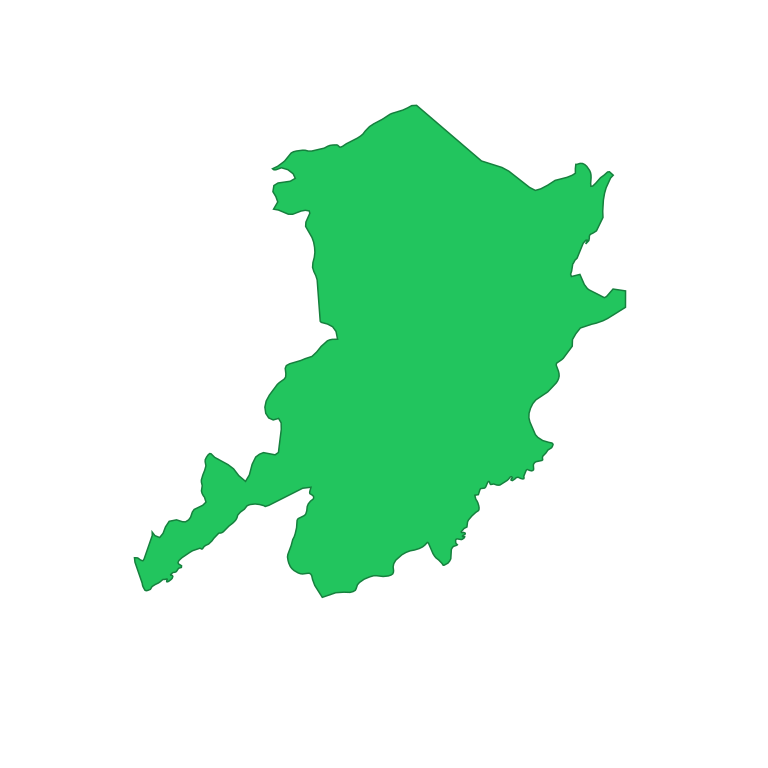 map outline of Diyala (Natural Earth projection), rotated 204°
{"feature_id": "IRQ-3243", "entity_name": "Diyala", "entity_type": "Province", "adm_level": 1, "iso_a3": "IRQ", "parent_name": "Iraq", "parent_adm1": "", "projection": "natural_earth1", "projection_center": [45.079, 34.055], "detail": "fine", "context": "isolated", "style": "filled", "palette": "green", "viewbox_px": 768, "rotation_deg": 204, "n_neighbors": 0, "source": "natural_earth", "source_scale": "10m", "svg_char_len": 6156}
<svg xmlns="http://www.w3.org/2000/svg" viewBox="0 0 768 768"><g transform="rotate(204 384 384)"><path d="M535.5,154.4L531.6,152.3L526.5,152.5L525.1,157.7L525.5,164.6L524.4,171.2L518.3,175.5L512.1,176.2L509.3,177.3L507.2,180.4L506.5,183.7L507.0,189.1L506.4,192.2L500.3,199.4L498.6,203.7L501.9,207.5L503.7,208.5L505.7,210.1L507.3,212.1L508.7,217.2L510.9,220.1L511.8,222.0L512.5,227.1L512.7,232.2L513.4,236.8L515.8,240.3L516.5,242.1L516.4,245.0L515.8,247.9L514.9,249.6L513.6,249.9L508.8,248.1L493.7,246.9L486.9,245.3L479.4,241.2L470.9,238.7L470.0,246.1L471.8,257.0L471.5,265.1L469.2,269.2L466.2,272.3L454.7,275.0L452.6,278.5L459.4,300.8L462.2,306.7L466.3,309.7L470.6,306.1L475.5,306.1L480.1,309.1L483.4,314.4L484.7,320.5L484.2,327.2L481.3,340.2L480.2,342.7L477.2,347.8L476.7,350.3L477.8,353.4L480.6,358.1L480.7,361.1L478.4,364.1L469.6,371.6L466.3,375.1L461.0,379.9L458.5,385.9L456.7,392.8L453.3,400.4L451.5,402.3L449.3,403.8L444.6,406.0L449.2,412.5L454.2,415.4L459.9,415.8L466.4,414.8L467.8,415.4L487.4,451.9L490.4,455.3L493.8,458.2L496.7,461.5L498.3,466.0L499.2,471.4L500.7,476.2L503.0,480.6L506.0,485.0L509.3,488.5L519.7,496.1L521.2,500.2L521.2,509.8L522.7,511.7L526.5,510.7L530.1,508.3L536.5,501.9L540.5,500.2L551.2,500.0L556.0,498.8L555.1,507.1L559.0,511.2L563.7,514.5L565.3,520.5L562.6,524.5L552.1,531.1L548.7,535.8L552.5,539.1L559.0,540.7L565.7,539.8L569.8,535.8L570.9,535.2L572.0,534.9L573.4,535.3L569.7,539.6L566.2,545.8L565.4,547.5L562.8,557.2L561.2,559.3L558.8,561.2L553.6,564.4L551.0,565.5L547.9,566.0L544.8,567.4L534.5,575.2L532.2,578.2L530.4,580.0L527.8,581.6L524.4,583.2L523.5,583.3L520.8,582.4L519.8,582.9L518.5,584.3L516.1,588.2L508.4,597.7L506.3,600.9L504.9,603.8L504.0,607.6L501.9,613.3L499.0,617.8L493.3,625.0L488.2,632.9L486.7,634.5L478.2,641.9L474.7,645.9L471.9,649.6L467.6,651.8L385.7,627.4L364.3,629.8L356.5,629.2L331.1,622.8L324.5,622.4L320.2,626.0L315.3,632.2L310.5,639.6L300.9,647.2L297.0,651.2L294.9,654.4L296.8,658.6L298.1,662.7L297.1,663.1L294.6,665.3L292.3,666.2L289.8,666.1L287.3,665.3L283.0,662.7L281.3,661.1L279.9,659.1L278.7,656.6L276.8,651.3L275.4,648.8L273.9,649.6L272.3,653.4L270.1,660.5L267.9,664.3L266.0,668.6L264.4,669.6L259.5,668.0L260.8,664.3L260.9,653.7L260.1,648.0L258.4,641.3L254.5,630.9L251.7,625.2L252.2,610.3L254.3,607.1L256.3,604.7L256.6,603.6L256.5,602.5L255.7,600.6L255.2,598.3L256.7,594.0L256.7,596.4L256.2,597.3L256.2,598.0L257.0,598.1L258.1,597.4L259.3,593.6L258.8,577.4L259.9,574.8L260.1,571.5L260.4,570.5L258.5,563.4L258.2,560.3L256.5,558.4L249.6,563.8L241.4,556.3L237.0,553.9L234.8,553.4L217.8,552.5L216.3,554.4L213.4,563.9L201.2,567.3L194.6,552.3L206.4,534.8L209.7,530.8L214.9,525.9L218.7,523.0L227.4,515.0L229.2,508.0L229.9,501.3L227.4,495.1L230.7,480.4L231.6,478.4L234.7,473.4L234.7,472.2L234.2,471.1L229.8,466.6L228.3,464.6L227.2,462.4L226.7,459.9L226.7,457.4L227.1,455.0L231.2,443.4L238.8,431.3L240.1,426.6L240.3,421.5L239.6,416.3L237.9,412.1L235.3,408.7L225.1,399.3L221.8,397.8L216.0,396.9L209.9,397.7L206.6,398.4L205.6,398.1L204.9,397.4L204.8,395.2L205.0,393.9L207.4,390.3L208.0,386.9L209.6,382.5L209.3,381.1L208.2,379.3L208.6,378.4L213.3,375.0L214.1,374.1L214.7,372.4L214.7,371.3L214.4,370.3L212.8,367.4L212.5,366.4L212.9,365.5L213.8,364.7L215.6,364.3L218.2,364.2L218.7,363.8L219.0,363.1L218.8,356.7L217.8,355.0L217.8,354.3L218.6,353.7L220.6,353.3L223.3,353.4L224.2,353.0L225.1,352.2L225.8,350.5L227.4,348.0L228.7,347.8L229.1,348.4L229.2,349.1L228.6,350.4L228.7,350.8L229.8,351.2L230.5,350.8L231.0,350.0L231.5,347.8L232.4,345.8L237.0,338.9L237.9,338.3L239.8,337.6L243.1,337.3L245.6,335.6L246.3,335.8L248.2,337.7L248.8,337.5L249.3,336.4L249.2,331.4L249.7,329.9L253.2,327.7L253.4,326.7L252.8,321.3L255.8,319.3L253.2,316.0L251.7,315.1L250.0,313.7L248.0,311.4L246.8,309.6L246.2,308.0L246.2,306.8L247.9,304.1L250.0,299.3L251.5,294.2L251.6,292.1L250.1,287.1L252.1,284.6L253.4,280.4L252.8,279.9L252.1,280.0L250.9,280.8L249.3,280.8L248.9,280.3L248.9,279.5L250.4,277.5L250.5,276.9L249.7,276.5L248.2,277.3L248.1,276.9L248.2,275.9L249.3,274.0L250.1,273.3L254.1,272.3L254.9,271.6L255.1,270.6L254.1,268.5L253.3,267.6L251.6,267.0L251.9,266.3L254.6,263.8L255.1,261.8L255.2,260.3L251.9,251.5L252.0,249.0L252.7,246.4L255.3,243.0L256.2,242.5L258.1,243.7L262.5,245.5L265.8,246.3L267.8,247.3L270.2,248.9L278.1,256.2L279.3,257.0L280.0,256.9L281.1,253.6L282.5,250.9L284.9,248.0L288.7,244.7L292.3,242.2L295.4,239.1L298.2,235.3L301.6,227.8L302.0,223.8L301.3,220.7L299.3,217.3L298.8,215.7L298.8,214.1L299.9,212.3L302.0,210.4L306.5,207.8L312.7,205.9L315.4,204.7L318.5,202.1L322.7,197.7L325.7,192.7L326.6,189.7L326.2,185.7L326.3,183.9L327.8,181.8L330.3,179.8L336.0,177.5L343.2,173.7L353.6,164.0L365.3,171.8L369.8,176.4L371.9,179.3L373.3,180.4L374.8,180.8L376.1,180.4L381.2,177.3L383.2,176.7L385.7,176.5L390.3,177.0L393.1,177.9L395.3,179.1L398.2,181.7L399.9,183.8L401.8,186.7L402.5,189.2L403.1,198.7L404.1,204.8L403.9,207.8L404.2,211.0L405.4,217.1L407.9,224.0L407.9,225.2L407.6,226.2L403.5,231.1L402.9,232.3L402.6,233.6L403.0,236.8L404.3,240.8L404.4,243.7L403.5,247.1L401.9,250.1L401.9,251.1L402.4,252.3L403.1,252.9L404.8,253.4L407.1,253.7L407.7,254.5L408.1,255.8L408.7,260.0L415.9,255.7L439.8,226.4L442.7,223.8L444.3,224.0L448.7,223.3L452.9,222.0L457.0,219.6L458.5,218.3L459.6,216.9L460.6,212.9L463.1,208.5L464.2,205.1L464.3,204.4L464.0,202.9L463.9,201.0L464.2,199.1L464.7,197.6L465.5,195.6L467.8,191.3L470.7,183.6L471.7,182.2L472.8,181.3L474.1,180.7L474.5,179.9L476.7,173.8L477.4,170.6L479.1,166.5L481.2,164.1L482.2,162.4L482.8,159.6L483.3,159.1L485.4,159.1L491.0,153.9L492.8,151.4L497.9,143.2L499.0,140.7L499.6,139.0L499.5,136.9L498.5,136.1L495.0,135.6L494.5,134.0L496.7,132.1L497.4,128.2L498.3,127.1L500.2,125.9L501.1,123.9L501.4,123.0L501.0,122.6L499.8,123.0L499.2,122.8L498.6,122.2L498.5,120.1L499.1,118.6L500.4,116.2L501.2,115.3L502.0,115.0L502.4,115.5L502.6,117.4L503.0,117.6L504.8,116.3L506.5,115.5L508.0,112.3L509.1,110.5L511.5,107.7L513.5,104.6L513.9,101.4L515.9,99.3L517.2,98.4L518.6,98.4L521.7,100.8L522.7,101.9L524.0,103.8L539.0,119.9L541.3,123.8L538.8,124.8L537.8,124.9L535.0,124.2L532.7,124.3L532.2,124.7L532.0,126.6L534.1,151.4L535.5,154.4Z" fill="#22c55e" stroke="#15803d" stroke-width="1.5"/></g></svg>